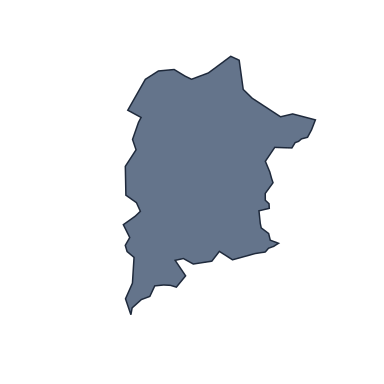 the district of Tiranë, Tiranë, Albania, rotated 123°
{"feature_id": "67620474B90997304428465", "entity_name": "Tiranë", "entity_type": "district", "adm_level": 2, "iso_a3": "ALB", "parent_name": "Albania", "parent_adm1": "Tiranë", "projection": "natural_earth1", "projection_center": [19.888, 41.311], "detail": "fine", "context": "isolated", "style": "filled", "palette": "slate", "viewbox_px": 384, "rotation_deg": 123, "n_neighbors": 0, "source": "geoboundaries", "source_scale": "gbopen_adm2", "svg_char_len": 1081}
<svg xmlns="http://www.w3.org/2000/svg" viewBox="0 0 384 384"><g transform="rotate(123 192 192)"><path d="M187.9,91.5L189.8,100.1L185.1,105.1L184.4,114.4L181.1,117.7L171.3,125.6L163.6,118.3L159.9,121.0L159.0,126.0L153.3,129.8L140.1,129.1L137.5,132.4L132.8,137.7L126.3,147.2L109.5,146.9L104.4,138.4L100.6,132.2L94.4,132.4L91.5,130.2L87.8,129.1L83.2,124.9L74.8,125.6L64.3,127.8L71.7,150.1L80.7,158.7L80.6,192.5L78.1,204.9L55.8,224.2L57.1,233.4L83.2,243.1L97.7,253.8L98.6,260.8L99.0,273.7L108.8,286.1L122.9,292.5L158.4,290.4L157.2,275.3L162.7,274.8L180.3,270.5L187.1,261.9L206.8,261.9L230.7,245.7L231.2,232.8L236.3,224.8L243.1,226.4L256.8,231.8L264.1,219.4L273.1,218.9L277.3,214.0L278.4,205.0L300.9,192.3L317.8,189.6L328.2,176.4L321.8,179.1L309.8,175.9L302.5,170.5L291.0,172.1L285.4,165.1L282.0,159.2L280.3,153.3L265.8,151.7L258.5,168.9L252.5,163.0L251.7,151.7L239.2,137.7L226.9,136.7L226.8,121.1L209.3,105.6L204.9,100.7L203.4,98.9L202.4,97.9L200.6,97.6L197.5,97.2L193.9,94.5L193.2,93.9L192.3,93.5L191.1,93.0L187.9,91.5Z" fill="#64748b" stroke="#1e293b" stroke-width="1.5"/></g></svg>